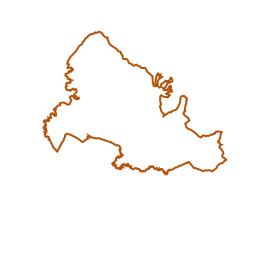 outline of Na Kae, Nakhon Phanom, Thailand, rotated 224°
{"feature_id": "78962969B53080362722064", "entity_name": "Na Kae", "entity_type": "district", "adm_level": 2, "iso_a3": "THA", "parent_name": "Thailand", "parent_adm1": "Nakhon Phanom", "projection": "albers", "projection_center": [104.436, 16.963], "detail": "fine", "context": "isolated", "style": "outline", "palette": "amber", "viewbox_px": 256, "rotation_deg": 224, "n_neighbors": 0, "source": "geoboundaries", "source_scale": "gbopen_adm2", "svg_char_len": 5891}
<svg xmlns="http://www.w3.org/2000/svg" viewBox="0 0 256 256"><g transform="rotate(224 128 128)"><path d="M215.2,177.6L217.3,173.8L218.1,173.9L218.5,171.0L219.6,170.3L220.6,166.7L220.3,165.4L220.8,162.9L220.0,159.5L220.3,158.5L219.3,156.2L220.1,153.1L218.8,147.4L218.8,139.3L217.5,133.8L217.0,133.7L216.3,132.0L214.7,132.8L213.2,129.3L210.7,132.1L210.1,132.0L209.3,130.5L208.8,131.9L208.2,131.9L207.8,130.9L208.7,130.2L208.2,129.0L209.9,128.0L209.9,127.5L209.0,127.3L209.2,125.4L210.5,123.8L209.4,122.2L206.9,122.9L206.3,121.8L205.5,121.6L204.2,121.9L204.1,122.9L202.8,122.7L201.6,123.3L202.0,122.1L201.0,120.9L201.0,120.2L201.7,120.2L202.0,118.9L203.1,118.4L203.4,117.7L202.8,116.3L201.1,115.8L201.3,114.1L198.5,112.9L197.6,113.2L196.8,114.6L195.3,114.8L195.1,117.8L194.5,118.3L193.2,118.0L192.6,119.7L190.7,119.0L189.9,117.8L190.0,114.8L189.2,113.8L187.6,114.8L185.5,114.3L184.5,115.6L183.8,115.1L184.1,114.0L185.7,112.6L187.9,112.2L189.8,112.7L190.7,112.1L191.4,110.6L191.2,109.9L188.0,108.4L186.5,104.4L187.5,102.9L191.2,102.1L192.9,100.8L194.1,98.8L193.9,98.0L192.7,97.6L192.6,97.2L193.9,95.6L194.1,91.4L193.5,90.4L194.3,90.4L194.4,89.9L193.4,89.7L193.3,91.3L192.8,91.4L192.2,89.2L189.5,88.4L188.4,86.6L189.4,85.7L190.8,86.5L191.2,86.1L191.7,86.5L192.5,86.1L192.7,85.0L193.3,84.9L193.2,83.8L190.4,81.8L190.9,81.6L191.3,80.1L191.8,80.8L192.7,80.0L191.2,79.1L191.4,78.5L190.0,78.8L189.8,78.0L191.0,76.7L191.7,76.3L191.7,77.0L193.1,75.9L193.3,74.5L192.3,73.9L191.8,74.5L189.2,73.4L188.7,72.6L189.5,71.9L188.8,71.5L189.0,71.1L188.5,70.4L189.2,69.7L188.9,69.3L187.7,69.1L188.0,70.0L187.1,69.8L187.4,70.3L186.8,70.7L186.7,70.1L185.1,69.7L184.7,69.3L184.9,68.7L184.4,69.1L183.8,68.1L184.3,68.1L184.6,67.1L183.9,67.2L183.4,65.6L181.2,64.4L179.7,65.8L179.8,66.2L179.1,66.4L179.0,66.1L177.7,65.9L177.5,64.9L176.9,64.4L176.3,65.2L168.0,62.2L162.5,61.9L165.5,72.1L165.5,74.1L166.4,75.2L167.1,77.8L168.1,78.9L168.3,80.1L167.8,81.7L163.6,83.6L156.0,85.8L151.4,86.0L150.7,86.9L150.0,91.2L149.4,92.4L150.2,92.7L150.3,93.8L150.7,93.8L150.5,94.3L150.8,94.2L150.7,95.0L151.2,95.2L149.7,95.5L149.6,94.9L148.7,94.9L148.6,95.4L143.9,98.2L142.0,100.3L130.2,105.9L124.1,107.5L123.5,108.5L121.7,109.1L119.5,108.4L119.4,107.8L118.8,107.7L118.8,106.3L118.0,106.6L117.4,105.4L115.6,105.0L115.6,104.3L114.7,104.0L113.6,105.0L112.9,104.8L113.4,103.6L112.9,102.3L114.5,101.5L113.5,101.0L113.8,100.2L114.2,99.9L115.0,100.6L115.7,99.7L115.4,97.4L114.2,96.8L114.4,96.2L113.8,93.7L114.6,92.7L114.6,91.5L113.5,91.2L113.1,91.6L112.6,91.0L111.9,92.1L112.7,92.1L113.2,92.8L111.7,92.4L111.3,92.7L110.6,91.5L110.0,92.0L109.8,91.4L109.0,90.9L108.2,91.5L107.6,91.4L106.6,93.4L106.1,92.4L105.0,93.1L104.7,93.4L105.5,93.6L105.1,93.9L105.4,94.8L104.6,95.7L105.0,95.6L105.3,96.3L106.5,95.9L106.7,96.6L105.9,97.7L105.8,98.4L106.3,98.4L105.9,99.2L104.9,98.7L104.1,99.4L103.4,99.2L102.9,99.8L102.9,100.4L103.5,100.8L103.1,101.2L103.5,101.4L103.2,101.9L102.8,101.3L101.8,101.7L101.7,100.5L100.9,100.9L101.3,101.1L100.8,101.5L99.6,101.3L100.2,102.0L99.8,102.4L99.4,102.0L98.6,102.3L98.2,101.5L96.7,101.4L95.2,102.2L95.2,103.9L93.7,105.2L92.7,104.9L91.5,106.3L89.1,105.9L89.0,105.5L88.3,105.9L88.3,106.7L86.4,106.9L87.4,107.2L87.3,107.6L85.6,108.7L86.1,110.4L85.5,111.2L85.6,112.1L84.5,113.1L84.6,113.9L85.2,113.9L85.0,115.0L85.6,115.3L84.9,116.1L84.5,115.8L84.0,116.2L83.9,116.5L84.5,116.7L84.0,117.4L83.4,117.7L83.0,117.0L82.1,117.5L80.4,117.1L79.7,118.7L79.5,118.1L78.3,118.7L78.2,118.4L77.0,118.6L77.1,119.0L76.5,119.3L76.7,119.8L76.4,119.6L75.7,120.2L75.8,121.4L75.4,121.8L74.3,121.7L74.2,122.1L73.2,121.5L72.2,121.7L72.5,121.4L71.4,120.9L70.4,120.8L70.2,121.4L69.4,121.0L69.4,121.7L68.6,121.2L68.0,121.6L68.3,122.0L68.0,122.6L68.9,123.5L69.7,125.9L69.1,126.7L68.6,126.5L68.3,127.7L67.2,128.7L66.5,132.2L65.3,134.0L64.7,136.7L64.1,137.2L62.0,142.6L61.1,143.8L61.2,145.0L60.4,145.9L52.9,145.0L51.7,146.0L43.9,149.2L43.7,150.2L40.2,154.1L37.4,155.3L36.5,160.7L37.3,162.8L37.2,165.9L35.6,168.8L35.7,171.9L35.2,173.2L36.4,173.5L40.2,172.8L41.2,173.8L41.9,176.1L43.0,176.9L46.6,177.5L47.7,177.3L49.1,177.9L49.6,179.0L49.1,180.8L49.9,180.4L51.2,180.5L52.0,181.1L52.5,180.6L53.8,180.7L54.0,182.9L54.6,183.6L54.7,184.7L57.0,187.9L57.8,190.1L59.8,188.9L62.1,186.7L61.6,185.2L62.2,184.5L61.8,184.1L62.5,182.1L63.6,181.0L64.4,178.5L65.6,177.4L66.3,175.9L67.8,175.7L68.9,174.7L68.9,171.9L71.9,171.0L74.5,171.4L80.9,170.5L84.3,169.2L86.6,169.2L89.8,170.8L89.1,176.0L91.9,177.1L96.0,176.4L98.3,177.0L98.9,179.1L98.6,179.8L99.6,180.3L102.3,184.1L103.4,186.5L104.5,187.3L105.4,189.5L106.1,190.1L109.7,190.1L111.5,188.3L111.5,186.6L108.3,182.6L106.4,177.4L106.2,173.9L107.9,171.4L107.9,169.1L109.2,168.3L110.6,161.2L111.8,163.0L113.5,162.8L115.8,163.3L120.2,165.9L120.6,168.0L123.6,169.7L126.7,173.0L126.9,174.6L124.5,175.1L120.7,177.7L120.7,180.6L121.8,180.7L123.4,179.2L124.4,179.2L124.0,181.4L124.3,182.3L123.3,182.7L122.1,184.2L123.2,184.2L122.4,185.3L123.1,185.5L124.4,184.5L125.0,185.3L124.8,186.3L125.7,187.6L126.3,187.9L127.1,187.4L126.3,182.6L128.4,180.2L130.4,181.0L129.2,182.5L130.5,187.7L128.6,192.0L128.9,192.9L130.2,193.8L131.8,194.1L132.3,193.7L131.5,192.3L131.4,190.1L132.2,189.1L131.9,188.3L132.9,188.6L133.8,188.2L133.7,185.7L134.6,183.1L134.5,182.3L132.6,180.7L133.3,179.0L135.6,179.0L137.6,180.3L139.0,182.3L139.7,184.4L139.0,188.4L140.5,187.7L141.3,188.6L141.2,187.0L142.4,188.3L143.1,187.4L143.6,188.0L144.3,188.0L143.8,185.5L140.0,179.7L139.1,178.8L136.8,177.9L137.6,176.7L138.9,176.2L141.6,177.8L146.5,182.3L153.4,181.8L156.9,183.1L158.1,182.5L159.9,180.5L161.9,180.7L163.5,179.6L165.8,179.5L167.2,176.7L168.5,176.3L169.8,176.5L172.3,175.4L175.4,176.6L176.8,176.7L179.0,174.6L180.5,174.7L182.0,176.3L184.2,176.5L186.0,177.5L186.9,177.4L188.1,176.5L191.1,176.9L198.1,175.6L201.0,176.0L202.3,176.9L204.4,177.5L205.4,178.8L207.5,177.6L209.8,177.4L212.4,178.1L215.2,177.6Z" fill="none" stroke="#b45309" stroke-width="2"/></g></svg>